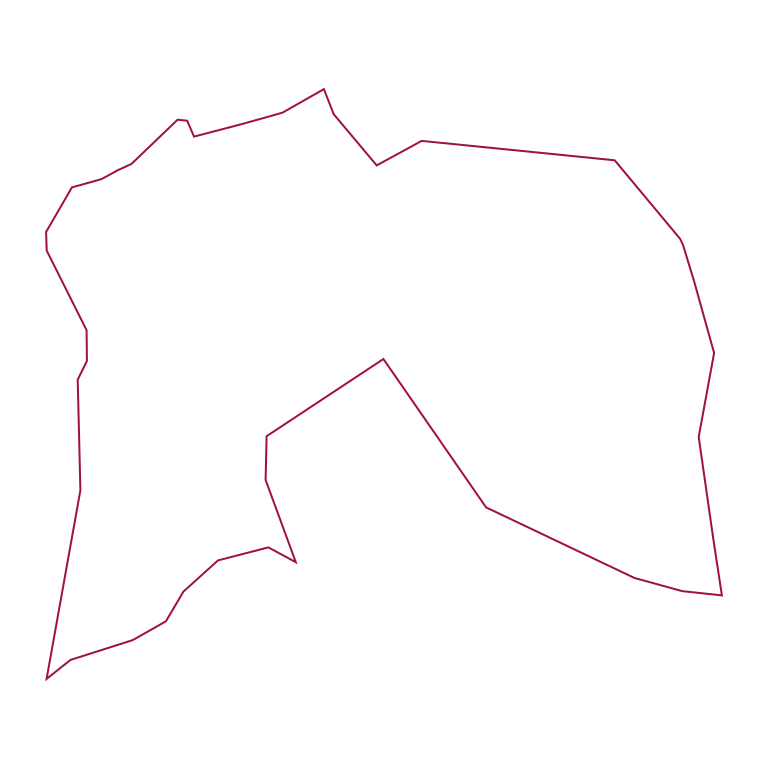 the district of Udung Uko, Akwa Ibom, Nigeria
{"feature_id": "59680162B95559320678868", "entity_name": "Udung Uko", "entity_type": "district", "adm_level": 2, "iso_a3": "NGA", "parent_name": "Nigeria", "parent_adm1": "Akwa Ibom", "projection": "equal_earth", "projection_center": [8.245, 4.743], "detail": "fine", "context": "isolated", "style": "outline", "palette": "rose", "viewbox_px": 768, "rotation_deg": 0, "n_neighbors": 0, "source": "geoboundaries", "source_scale": "gbopen_adm2", "svg_char_len": 691}
<svg xmlns="http://www.w3.org/2000/svg" viewBox="0 0 768 768"><path d="M177.6,119.7L131.4,164.0L118.4,169.9L101.5,179.1L71.9,187.4L62.5,203.7L46.1,231.9L46.7,250.6L86.6,330.2L86.9,361.0L77.8,379.5L77.7,379.6L80.4,490.3L46.6,678.9L70.5,659.9L132.7,640.1L145.3,633.0L165.9,621.3L177.3,602.0L183.4,591.6L218.0,560.4L268.3,547.4L295.8,562.2L265.6,479.9L266.6,436.2L383.4,359.0L486.1,507.4L634.5,578.0L682.0,591.1L721.9,595.4L713.4,539.6L698.7,437.0L714.1,353.0L694.0,280.9L682.9,244.6L680.0,238.7L614.7,160.3L421.6,140.9L376.7,165.4L351.5,135.4L333.7,114.2L323.9,89.1L282.4,112.7L244.4,123.4L194.0,136.6L188.3,123.3L187.2,120.7L177.6,119.7Z" fill="none" stroke="#9f1239" stroke-width="2"/></svg>